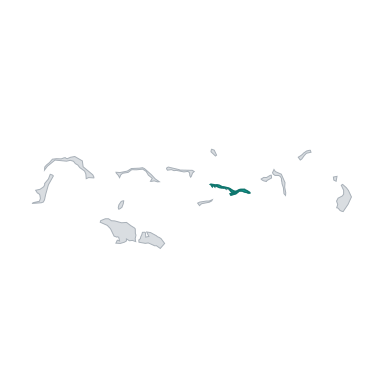 Long Island highlighted on a map of The Bahamas, rotated 306°
{"feature_id": "BHS-5033", "entity_name": "Long Island", "entity_type": "District", "adm_level": 1, "iso_a3": "BHS", "parent_name": "The Bahamas", "parent_adm1": "", "projection": "equal_earth", "projection_center": [-75.131, 23.273], "detail": "fine", "context": "in_parent", "style": "filled", "palette": "teal", "viewbox_px": 384, "rotation_deg": 306, "n_neighbors": 0, "source": "natural_earth", "source_scale": "10m", "svg_char_len": 4751}
<svg xmlns="http://www.w3.org/2000/svg" viewBox="0 0 384 384"><g transform="rotate(306 192 192)"><path d="M128.9,156.9L128.8,162.3L129.1,166.4L128.8,167.8L125.2,170.5L124.2,172.0L120.8,173.5L118.8,175.6L117.8,172.2L115.8,170.1L115.5,166.5L113.9,167.7L111.8,166.9L108.2,164.2L105.9,160.5L109.1,159.9L109.8,162.2L112.3,159.3L111.8,157.8L111.3,157.7L110.5,154.9L114.4,147.6L115.2,143.0L113.6,135.5L115.2,135.0L119.4,137.6L121.3,140.2L121.4,143.7L123.2,146.5L125.7,153.1L128.9,156.9ZM131.6,177.3L131.7,178.3L128.3,181.1L130.7,183.2L133.0,178.8L134.8,182.3L135.7,189.0L135.5,190.1L135.7,191.1L136.0,192.4L136.1,194.3L134.3,200.1L127.7,199.5L127.6,194.6L126.6,193.6L125.1,186.6L123.0,184.4L120.2,178.6L121.9,177.2L124.1,177.7L125.2,177.0L128.3,176.4L130.2,175.6L131.6,177.3ZM286.2,314.3L285.2,317.6L281.7,323.9L273.7,325.5L265.0,325.8L264.3,324.0L264.1,322.5L264.7,320.2L264.7,319.2L264.3,318.3L267.5,317.3L269.6,314.3L272.9,313.8L277.0,315.9L279.3,316.0L282.5,313.7L285.2,308.8L286.7,309.4L286.2,314.3ZM146.4,103.9L145.7,104.3L142.9,99.9L140.6,98.6L144.2,95.5L145.8,92.8L145.8,86.9L146.7,83.7L146.4,80.9L147.2,78.1L146.1,74.9L143.2,72.4L137.3,62.4L127.9,59.9L123.0,59.8L125.7,58.2L128.2,58.4L132.0,59.4L136.5,59.8L139.3,62.8L141.9,66.7L144.3,68.3L145.3,69.3L145.2,70.4L145.6,71.5L148.7,73.3L151.8,76.3L152.7,85.0L148.4,89.1L147.6,101.6L146.4,103.9ZM104.9,67.5L108.9,68.9L111.0,68.7L112.3,67.8L118.2,68.2L123.0,66.9L123.7,69.2L123.5,70.4L113.4,71.6L104.1,75.0L98.9,77.3L96.5,77.6L94.7,76.4L88.7,69.3L90.3,70.0L94.8,74.0L97.6,73.2L100.2,70.6L100.7,68.6L100.3,67.6L101.5,64.5L104.9,67.5ZM165.4,122.3L170.8,127.3L175.4,129.2L180.4,135.5L182.6,137.7L183.0,139.8L182.1,149.0L181.0,154.6L181.1,159.5L179.9,158.1L178.8,154.9L176.8,153.0L176.2,152.1L179.7,151.8L180.0,146.8L181.7,142.8L181.5,138.7L177.4,134.1L174.6,130.1L170.3,128.8L166.3,124.8L163.9,124.3L161.0,125.0L162.1,122.7L162.8,119.5L163.3,118.9L165.4,122.3ZM225.3,237.8L225.1,239.0L220.8,230.0L215.5,227.9L212.5,225.7L213.1,224.5L215.2,223.9L215.6,221.1L214.7,218.0L211.9,211.9L210.3,207.7L209.6,206.7L209.4,203.2L212.7,208.6L214.1,213.5L216.3,218.2L217.8,226.4L222.1,229.1L225.1,233.1L225.3,237.8ZM246.5,268.3L244.2,269.7L244.7,267.4L249.2,263.4L251.7,259.9L253.1,258.7L253.6,257.8L255.5,256.5L256.5,254.3L256.3,252.4L254.2,249.4L254.2,247.3L254.9,245.8L258.4,245.1L257.5,247.4L258.9,253.8L254.3,261.7L250.3,264.2L246.5,268.3ZM209.7,179.5L209.9,181.8L207.7,181.3L204.4,182.2L203.2,182.2L203.9,180.7L206.2,178.6L206.3,176.6L203.5,173.7L200.3,166.6L198.7,164.9L198.0,162.2L195.2,159.3L195.8,157.8L196.4,157.4L198.2,158.1L202.5,168.4L202.7,169.4L209.7,179.5ZM285.5,258.7L287.6,259.3L288.7,259.3L292.5,260.6L294.8,262.5L295.3,263.2L294.1,264.9L290.6,261.8L287.5,261.4L283.2,261.4L281.5,260.8L282.6,257.5L285.5,258.7ZM251.5,245.5L252.2,246.3L250.1,248.1L245.3,245.9L244.2,246.0L243.2,243.6L242.9,241.9L243.1,240.3L246.0,241.5L247.5,243.8L251.5,245.5ZM142.1,143.3L138.4,144.3L135.7,143.4L135.0,142.6L136.2,141.4L138.7,140.4L142.8,140.3L144.5,141.5L144.7,142.0L142.1,143.3ZM197.8,213.0L196.4,213.2L193.9,212.0L188.1,206.6L185.4,206.1L186.3,203.1L188.4,204.2L193.0,208.8L194.8,211.2L197.8,213.0ZM238.9,185.4L236.3,190.2L234.9,189.8L235.7,183.7L237.5,182.8L238.2,182.8L238.9,185.4ZM289.9,300.1L285.4,302.3L285.0,299.7L287.2,297.6L289.9,300.1Z" fill="#d9dde1" stroke="#a8b0b8" stroke-width="1"/><path d="M224.7,234.0L225.1,234.4L225.4,235.6L225.5,236.9L225.6,238.7L225.5,239.2L225.3,239.4L224.9,239.2L224.7,238.9L224.5,237.4L224.3,237.5L224.0,237.7L223.8,236.5L222.8,234.4L222.5,232.6L222.2,231.9L221.0,230.2L220.7,229.8L220.3,229.6L216.5,228.6L215.6,228.0L215.2,227.6L212.8,225.7L212.3,225.4L212.4,225.0L212.5,224.6L212.8,224.2L213.0,223.9L213.6,224.5L214.5,225.1L214.8,225.7L214.0,225.5L213.7,225.4L213.9,225.9L214.3,226.4L214.7,226.6L215.1,226.6L215.5,227.0L216.1,227.6L216.4,227.8L216.8,227.9L217.3,228.0L217.7,227.9L217.4,227.4L215.5,224.8L215.3,224.0L215.4,222.8L215.7,221.9L216.0,221.2L216.2,220.5L216.2,219.4L215.9,218.2L215.6,217.2L215.1,216.5L214.9,216.7L214.6,217.1L214.6,216.1L213.4,214.8L213.5,213.8L213.0,213.6L212.6,213.4L212.4,213.1L212.5,212.5L211.9,211.9L211.6,211.2L211.4,209.2L210.7,207.0L210.4,206.8L210.2,206.9L209.9,207.1L209.6,207.3L209.8,205.2L209.6,204.5L208.9,205.2L209.2,204.6L209.4,204.4L209.6,204.3L209.2,204.1L208.9,204.4L208.6,204.9L208.2,205.2L208.2,204.9L208.5,204.4L208.8,203.9L208.9,203.3L208.9,202.4L209.1,202.5L209.3,202.6L209.4,202.8L209.6,203.0L211.5,207.0L212.0,207.4L212.6,208.2L213.1,209.2L213.5,210.1L213.9,213.1L214.3,213.9L214.8,214.7L216.8,219.4L216.8,219.9L217.0,220.3L217.1,221.3L217.1,223.3L217.4,225.4L218.0,226.8L218.9,227.6L221.7,228.9L223.0,230.1L225.1,233.1L225.0,233.3L224.8,233.8L224.7,234.0Z" fill="#14b8a6" stroke="#0f766e" stroke-width="1.5"/></g></svg>